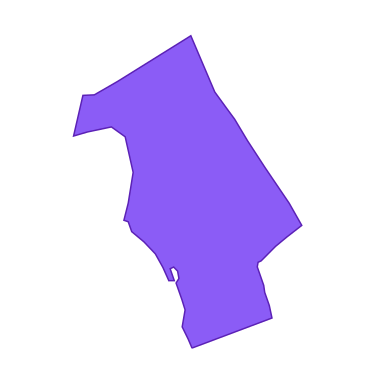 the district of N'Guigmi, Diffa, Niger, rotated 249°
{"feature_id": "23599985B27242520162456", "entity_name": "N'Guigmi", "entity_type": "district", "adm_level": 2, "iso_a3": "NER", "parent_name": "Niger", "parent_adm1": "Diffa", "projection": "robinson", "projection_center": [12.657, 14.178], "detail": "fine", "context": "isolated", "style": "filled", "palette": "violet", "viewbox_px": 384, "rotation_deg": 249, "n_neighbors": 0, "source": "geoboundaries", "source_scale": "gbopen_adm2", "svg_char_len": 747}
<svg xmlns="http://www.w3.org/2000/svg" viewBox="0 0 384 384"><g transform="rotate(249 192 192)"><path d="M121.5,282.5L146.7,278.7L188.3,269.0L220.0,262.2L244.7,257.9L256.7,254.6L277.2,249.1L338.3,246.9L331.8,213.4L321.9,162.2L317.7,135.6L321.3,124.8L286.7,101.5L285.5,116.0L282.2,136.6L281.6,140.1L267.5,149.4L231.4,144.1L204.5,128.5L190.0,118.3L187.1,121.8L176.6,121.5L162.6,129.3L147.4,135.6L132.0,137.8L117.5,138.6L115.6,143.7L128.2,144.1L128.5,148.0L123.3,150.2L116.0,148.8L112.7,144.5L95.1,144.0L84.4,143.3L69.6,134.5L56.3,135.7L46.1,136.1L46.3,136.1L46.3,138.1L45.7,221.5L58.4,223.5L72.2,223.9L79.2,225.5L98.7,226.1L102.7,228.5L102.9,231.8L111.3,250.5L115.9,264.1L121.5,282.5Z" fill="#8b5cf6" stroke="#5b21b6" stroke-width="1.5"/></g></svg>